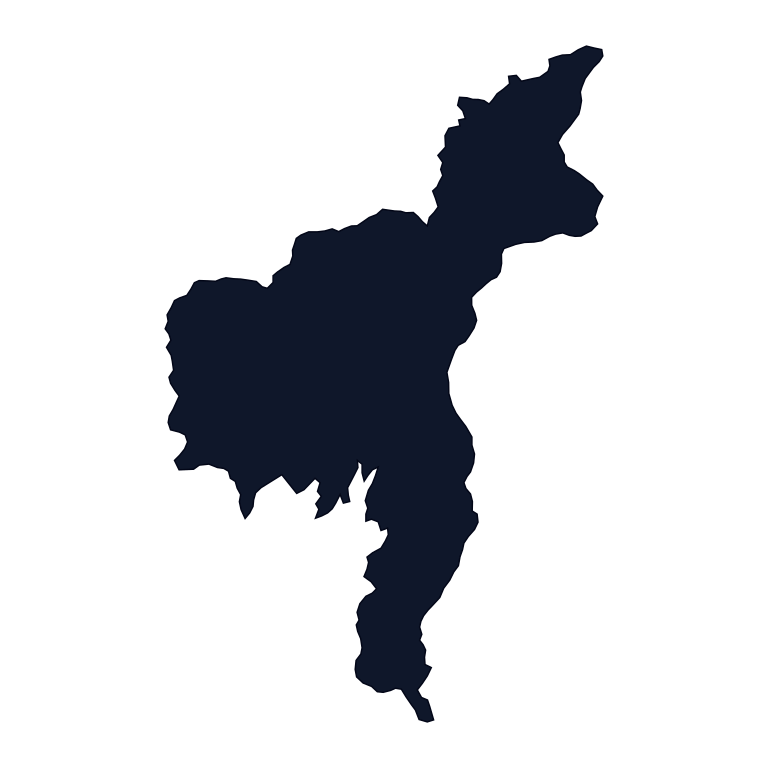 the district of Vidal Ramos, Santa Catarina, Brazil
{"feature_id": "56859067B28125183395847", "entity_name": "Vidal Ramos", "entity_type": "district", "adm_level": 2, "iso_a3": "BRA", "parent_name": "Brazil", "parent_adm1": "Santa Catarina", "projection": "mercator", "projection_center": [-49.34, -27.403], "detail": "fine", "context": "isolated", "style": "filled", "palette": "ink", "viewbox_px": 768, "rotation_deg": 0, "n_neighbors": 0, "source": "geoboundaries", "source_scale": "gbopen_adm2", "svg_char_len": 3988}
<svg xmlns="http://www.w3.org/2000/svg" viewBox="0 0 768 768"><path d="M601.7,49.6L594.0,48.0L586.4,46.1L578.2,49.8L570.5,54.7L562.3,55.1L556.0,56.9L549.0,59.4L549.9,65.8L548.0,71.4L539.7,77.3L533.4,78.5L528.0,79.7L521.4,81.2L516.3,75.4L508.6,76.3L509.6,83.8L503.4,89.2L497.1,93.8L492.9,99.7L489.1,104.1L484.1,100.7L478.2,99.5L472.7,99.4L467.0,97.8L459.5,97.3L457.7,105.3L462.8,110.8L465.4,118.6L458.7,120.0L460.0,125.9L454.4,127.1L448.9,128.3L445.0,135.7L445.5,147.1L437.9,155.4L442.8,162.5L440.7,169.4L442.8,175.6L439.5,181.6L437.1,186.9L432.7,191.0L435.5,198.3L438.2,206.9L434.1,212.5L429.4,217.5L427.3,226.0L422.4,221.7L418.0,216.6L413.3,212.5L405.8,212.8L400.7,211.3L394.4,211.0L388.0,210.1L382.6,209.3L376.6,214.6L369.2,217.5L363.5,221.5L357.2,225.8L351.4,226.0L344.5,228.6L338.7,231.6L332.2,228.9L324.8,231.0L317.1,231.9L308.6,231.9L300.9,235.1L296.3,238.4L294.4,244.5L292.5,250.1L292.8,256.0L290.0,264.4L284.1,267.4L277.5,272.0L273.1,275.7L273.1,282.5L267.3,288.3L262.1,286.8L256.3,281.5L247.6,280.1L240.5,279.1L233.9,278.8L226.0,277.8L221.2,279.0L215.6,281.3L207.9,280.9L199.1,280.6L194.4,282.7L190.9,289.2L186.8,295.4L179.7,297.9L174.5,300.6L171.2,307.7L167.1,314.9L168.2,321.3L165.2,328.8L168.9,333.9L170.9,340.2L166.5,347.3L171.2,355.3L172.3,361.1L173.6,370.3L169.0,377.2L170.6,383.3L175.0,390.4L179.2,396.1L176.4,402.2L173.1,409.5L169.3,416.0L168.2,422.5L170.6,429.8L179.4,432.1L185.2,434.9L187.6,442.0L184.6,449.1L179.7,455.2L174.5,460.4L179.1,469.8L188.5,469.4L193.6,469.2L199.3,465.1L208.9,464.1L217.5,467.5L223.8,468.4L228.5,471.2L230.4,478.3L235.3,481.4L237.2,488.1L240.7,494.6L239.4,501.7L241.1,509.6L245.1,518.5L249.7,512.9L253.0,506.4L253.6,499.9L255.6,492.8L261.0,487.7L281.8,474.7L296.7,493.4L304.0,489.7L308.7,484.8L315.0,478.3L320.1,482.7L317.5,491.4L321.3,496.3L315.8,503.9L318.9,509.2L315.5,518.2L321.7,515.9L327.6,512.9L332.2,508.8L335.7,503.1L340.1,494.4L343.4,503.1L349.7,501.5L348.3,495.2L347.6,487.7L350.9,481.4L354.7,474.0L357.9,467.6L357.4,460.4L362.1,464.2L362.1,472.8L364.2,481.1L368.0,475.3L372.4,469.8L378.2,467.0L375.5,475.6L372.4,483.6L368.4,490.3L365.3,500.7L367.8,508.2L365.9,514.1L365.9,521.2L371.4,519.2L378.2,521.8L381.0,530.5L387.6,528.1L388.3,534.8L385.3,541.1L381.0,548.2L372.7,552.7L367.0,557.1L368.6,562.4L367.0,569.3L364.0,576.6L371.1,581.7L376.6,588.8L372.2,593.2L365.9,596.3L359.9,603.7L357.1,612.3L359.1,620.1L356.3,624.9L357.7,631.4L360.7,638.6L362.1,647.8L360.9,654.0L356.1,660.4L355.2,669.4L356.6,676.9L363.1,683.0L371.6,686.4L377.3,691.7L383.2,692.3L390.6,690.4L395.5,688.2L401.4,689.2L406.1,696.9L411.4,704.6L415.4,710.0L419.1,719.5L427.3,721.9L433.6,719.9L431.5,712.7L429.7,706.5L427.5,700.0L421.5,697.5L417.3,689.9L422.3,683.4L427.3,675.9L431.3,667.6L425.0,664.5L424.5,657.2L425.6,650.1L423.1,644.8L419.6,640.2L421.8,634.3L419.6,627.1L420.9,621.3L423.6,615.7L428.0,610.1L432.4,605.5L439.8,597.5L443.7,588.2L449.7,580.2L453.8,571.9L458.4,565.7L460.0,556.8L462.5,549.7L463.9,543.1L468.4,536.4L474.5,529.5L478.0,522.2L477.1,514.1L472.2,511.0L472.4,501.5L470.5,494.0L465.9,488.5L463.9,482.6L467.0,476.5L470.5,471.9L473.6,462.9L474.5,454.0L471.9,445.1L471.9,437.0L465.8,426.5L460.0,418.8L456.0,413.2L452.1,405.2L450.5,399.4L448.8,393.5L448.6,382.4L446.9,372.3L451.4,359.6L454.9,350.4L458.2,345.3L465.0,341.6L469.1,335.8L474.0,328.0L476.6,320.3L474.9,313.3L471.7,305.3L471.6,297.3L476.5,292.1L481.5,288.0L485.9,283.9L491.0,279.7L496.5,277.2L500.1,271.7L501.6,263.4L501.4,254.1L503.9,248.5L510.7,246.1L515.7,244.3L524.5,242.4L534.1,242.0L541.8,240.6L549.7,236.3L555.6,234.1L562.8,232.9L569.3,235.3L575.1,236.3L581.1,236.0L586.4,233.1L591.3,230.6L597.6,223.9L594.8,216.6L597.6,206.9L602.8,196.1L597.0,190.0L592.7,184.1L586.6,179.8L579.4,174.0L574.3,170.6L567.2,167.0L564.2,162.0L564.2,155.0L560.7,148.3L557.9,142.6L562.5,134.5L569.9,126.1L574.8,119.4L578.7,114.1L580.1,108.6L581.5,100.6L580.3,92.0L581.9,86.8L585.2,78.5L589.4,72.8L593.4,67.4L599.2,61.6L602.8,56.0L601.7,49.6Z" fill="#0f172a" stroke="#020617" stroke-width="1.5"/></svg>